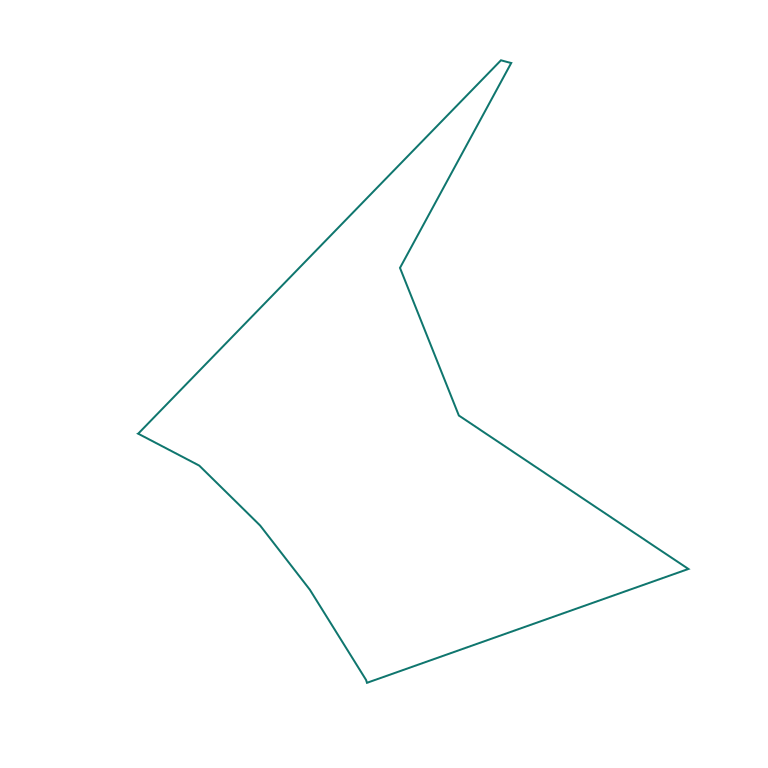 39, Ar Rayyān, Qatar (Albers equal-area conic projection), rotated 166°
{"feature_id": "91078587B48537873933910", "entity_name": "39", "entity_type": "district", "adm_level": 2, "iso_a3": "QAT", "parent_name": "Qatar", "parent_adm1": "Ar Rayyān", "projection": "albers", "projection_center": [51.5, 25.27], "detail": "fine", "context": "isolated", "style": "outline", "palette": "teal", "viewbox_px": 768, "rotation_deg": 166, "n_neighbors": 0, "source": "geoboundaries", "source_scale": "gbopen_adm2", "svg_char_len": 393}
<svg xmlns="http://www.w3.org/2000/svg" viewBox="0 0 768 768"><g transform="rotate(166 384 384)"><path d="M177.4,179.3L319.0,335.3L340.4,492.8L182.9,664.7L186.3,666.5L192.2,669.8L345.7,574.6L633.5,395.9L634.3,395.4L634.6,395.3L583.0,349.5L551.7,298.4L538.4,276.6L505.7,202.3L473.0,101.2L472.8,98.2L133.4,130.9L160.6,160.8L177.4,179.3Z" fill="none" stroke="#0f766e" stroke-width="2"/></g></svg>